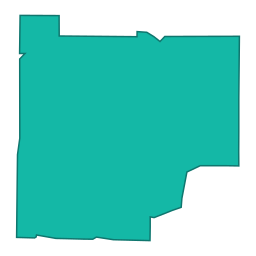 Cherokee, Georgia, United States of America
{"feature_id": "52423323B87782711377512", "entity_name": "Cherokee", "entity_type": "district", "adm_level": 2, "iso_a3": "USA", "parent_name": "United States of America", "parent_adm1": "Georgia", "projection": "robinson", "projection_center": [-84.463, 34.243], "detail": "fine", "context": "isolated", "style": "filled", "palette": "teal", "viewbox_px": 256, "rotation_deg": 0, "n_neighbors": 0, "source": "geoboundaries", "source_scale": "gbopen_adm2", "svg_char_len": 591}
<svg xmlns="http://www.w3.org/2000/svg" viewBox="0 0 256 256"><path d="M239.1,66.8L239.4,36.3L164.8,36.5L160.0,41.5L153.8,36.6L146.8,32.3L137.1,31.6L137.0,36.7L59.2,36.0L59.1,15.6L20.1,15.4L19.6,53.5L25.0,53.5L19.7,59.0L19.8,138.2L17.5,154.7L16.6,237.4L34.6,237.9L36.1,237.0L36.5,235.0L55.9,238.4L65.1,238.6L83.6,239.1L92.8,239.2L96.4,237.1L113.4,239.7L150.0,240.6L150.2,226.7L150.2,216.9L154.1,217.6L172.0,210.5L181.2,207.3L181.9,198.3L186.9,172.0L200.2,165.7L225.8,165.7L238.8,165.9L238.7,151.7L238.8,131.9L238.8,97.9L239.1,66.8Z" fill="#14b8a6" stroke="#0f766e" stroke-width="1.5"/></svg>